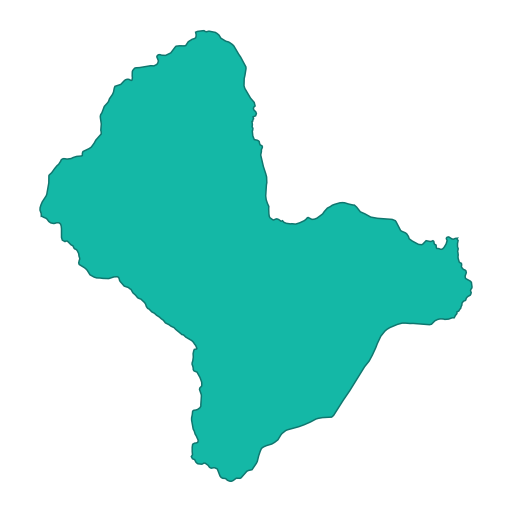 Maliana, Bobonaro, East Timor (orthographic projection)
{"feature_id": "22284137B67837040381832", "entity_name": "Maliana", "entity_type": "district", "adm_level": 2, "iso_a3": "TLS", "parent_name": "East Timor", "parent_adm1": "Bobonaro", "projection": "orthographic", "projection_center": [125.209, -8.986], "detail": "fine", "context": "isolated", "style": "filled", "palette": "teal", "viewbox_px": 512, "rotation_deg": 0, "n_neighbors": 0, "source": "geoboundaries", "source_scale": "gbopen_adm2", "svg_char_len": 5989}
<svg xmlns="http://www.w3.org/2000/svg" viewBox="0 0 512 512"><path d="M100.4,117.9L101.3,124.0L100.8,130.2L101.2,132.0L101.2,134.0L95.8,140.1L94.2,143.1L91.3,147.1L89.1,148.6L83.0,151.5L82.4,153.1L82.3,155.5L81.4,156.0L76.7,156.4L73.2,157.5L71.2,158.5L67.1,159.1L64.7,158.7L63.1,158.7L61.4,159.6L60.6,161.3L58.6,164.4L57.1,165.6L54.7,168.5L51.7,172.7L49.3,174.9L48.9,175.7L48.8,182.9L46.8,194.2L46.2,195.8L42.3,201.8L41.0,204.8L40.1,207.7L40.0,210.1L41.2,213.6L41.3,216.3L41.7,216.2L43.7,217.3L46.1,218.3L47.2,219.3L48.8,221.5L50.8,222.9L53.6,223.5L54.6,223.4L56.4,222.8L58.2,222.7L59.4,223.0L60.5,224.0L61.2,225.9L61.5,228.8L61.5,237.4L62.3,240.1L65.0,241.6L65.6,241.2L67.0,241.0L68.2,241.9L71.0,244.8L72.9,245.8L74.1,248.3L74.7,248.9L75.9,249.3L77.1,250.4L78.7,253.6L79.0,256.1L79.7,258.2L79.7,259.3L79.3,260.2L78.7,262.9L79.2,264.5L84.6,267.8L86.2,269.2L87.2,270.3L90.0,274.8L94.1,277.1L96.7,277.9L100.0,278.0L102.9,278.4L108.7,278.6L114.0,276.9L117.3,276.7L118.0,277.0L119.1,278.3L119.5,280.2L120.1,281.4L124.2,286.1L128.6,287.6L129.4,288.5L131.0,289.4L132.9,292.8L135.6,295.2L137.6,297.7L138.9,298.4L140.9,299.1L144.6,302.6L145.6,304.2L146.4,306.6L147.7,308.4L149.1,309.1L151.8,311.9L154.5,313.3L156.5,315.2L159.5,317.1L161.3,318.8L163.3,320.2L165.4,322.9L169.0,324.7L171.0,326.2L174.2,327.7L175.5,329.2L182.0,334.6L183.4,334.8L185.9,337.2L191.6,340.5L192.8,341.6L193.9,342.9L194.1,343.5L195.7,345.5L196.9,348.4L196.6,349.0L194.3,349.4L193.7,350.9L193.1,353.7L193.3,357.1L192.8,360.7L192.1,363.0L192.1,364.5L192.7,365.9L193.2,368.0L193.2,369.4L193.7,370.5L194.2,371.0L197.0,372.1L200.0,377.5L201.7,382.2L201.8,385.3L201.6,386.1L199.8,388.0L199.5,389.4L201.3,394.7L201.4,396.0L200.8,405.1L200.9,406.0L200.0,407.7L197.5,409.5L195.5,410.1L193.8,410.3L193.1,410.7L192.6,411.5L192.3,414.5L191.6,417.9L191.6,420.1L193.2,429.1L194.2,430.9L195.2,434.2L196.1,435.6L198.2,440.2L197.9,442.0L197.4,442.5L196.2,443.0L194.8,443.1L193.1,443.9L192.6,444.5L192.2,447.2L192.2,451.6L192.5,454.8L191.3,456.6L192.5,458.8L194.6,459.6L195.9,462.1L197.1,463.3L197.9,463.8L201.9,464.2L204.0,463.1L205.2,463.2L208.1,465.3L209.5,467.3L211.2,468.2L213.8,467.7L214.8,467.8L216.8,468.7L217.4,469.2L220.0,476.0L221.1,477.4L222.1,478.0L222.9,478.3L225.3,478.5L226.5,479.3L227.3,480.2L229.5,481.1L231.0,481.3L231.9,481.1L233.3,480.4L236.3,478.2L240.1,478.3L241.1,477.8L246.8,471.3L248.4,470.5L252.0,469.7L256.3,463.4L257.3,461.4L258.7,455.7L260.2,451.3L261.3,448.8L262.3,447.7L264.0,446.7L266.5,445.6L271.8,444.0L274.7,442.3L277.9,439.8L280.8,435.0L282.0,433.5L285.8,430.5L287.5,429.8L298.8,426.7L304.0,424.8L310.6,421.9L316.0,419.0L318.4,418.3L322.5,417.6L331.6,417.1L332.4,416.5L333.6,415.4L343.1,400.4L349.6,390.9L364.6,366.7L369.1,361.1L372.3,355.2L375.8,347.6L377.3,343.6L380.8,336.2L384.8,331.2L387.0,329.3L389.8,327.6L397.4,324.4L402.2,323.1L405.6,323.1L410.0,323.5L413.0,323.4L429.5,324.7L431.5,324.2L434.9,320.8L437.5,319.5L439.5,319.0L440.6,318.9L443.3,319.0L444.8,319.4L448.6,319.1L452.1,317.8L454.2,317.8L455.4,315.5L456.9,313.6L456.9,311.9L458.7,311.1L459.7,309.4L460.7,308.3L461.1,306.6L461.9,305.0L461.9,303.8L462.3,302.5L464.0,300.9L465.3,300.5L465.8,299.9L466.2,298.4L466.9,297.4L468.0,296.4L470.2,295.2L470.7,294.4L471.2,292.7L470.5,290.6L470.8,289.5L471.9,287.9L472.0,286.8L471.4,282.3L470.3,281.1L466.1,278.8L465.4,278.1L465.1,276.1L466.3,272.7L465.9,270.8L465.0,270.0L463.4,269.4L462.0,267.8L461.5,267.0L461.4,266.0L461.7,265.0L461.4,263.3L460.3,262.9L459.2,262.0L458.1,258.2L458.0,256.4L458.2,255.0L457.9,252.5L457.6,251.5L458.2,248.8L457.5,246.7L457.5,243.5L458.1,240.5L456.9,238.9L457.4,238.2L455.3,238.4L453.5,239.2L451.9,238.9L448.7,236.9L447.2,237.2L446.5,237.9L446.3,238.7L447.0,240.2L447.0,241.0L446.1,244.0L444.0,247.5L442.5,249.0L441.4,249.3L440.1,249.2L438.9,248.6L436.7,248.4L436.3,247.6L436.1,245.3L435.7,244.7L434.9,244.6L434.2,243.6L433.8,241.4L432.9,240.7L431.6,241.3L430.3,241.5L426.1,240.7L422.7,244.2L421.7,244.7L418.5,244.4L412.2,241.0L409.2,238.8L408.4,236.4L406.6,233.7L405.1,232.7L401.4,231.1L400.5,230.3L396.1,221.8L395.3,220.7L392.2,219.4L377.5,218.3L370.8,217.1L365.0,213.9L360.3,211.8L356.7,207.2L354.4,205.1L353.0,205.0L348.5,204.0L344.7,202.8L342.6,202.6L339.9,202.8L334.7,204.3L332.3,205.2L330.3,206.6L327.4,208.1L324.4,211.4L322.6,214.0L316.9,218.2L314.3,219.2L311.9,219.4L308.2,217.5L307.4,217.7L305.9,219.4L304.2,220.7L299.7,222.8L295.6,224.1L291.8,223.7L290.7,223.9L286.2,223.3L283.9,222.3L282.5,220.7L281.8,221.1L280.8,221.1L278.7,219.5L277.0,218.9L276.2,218.9L273.5,220.0L272.7,219.7L270.0,217.8L269.3,216.5L268.9,213.9L268.7,208.9L268.8,206.4L267.5,203.6L266.2,199.8L265.7,195.9L266.4,184.9L266.8,182.7L266.6,177.0L265.7,173.6L263.4,166.6L260.7,155.0L261.4,151.6L261.4,149.7L262.3,147.6L262.4,146.9L262.0,145.8L260.2,144.9L259.6,143.5L259.2,141.6L258.7,141.0L257.2,140.2L254.3,139.6L252.8,135.9L252.3,131.0L252.7,130.2L252.9,128.3L252.1,126.7L252.4,124.8L252.0,121.5L252.7,121.2L253.0,119.3L253.6,118.8L253.0,116.9L255.6,115.8L256.4,113.6L255.8,111.9L253.7,109.7L253.4,108.3L254.0,106.9L255.1,106.0L254.2,102.4L250.5,98.1L244.8,88.4L244.0,85.7L244.2,78.5L244.9,75.5L246.0,68.7L245.9,66.9L240.6,57.0L238.8,54.4L233.8,45.9L232.4,44.5L230.0,42.8L228.7,42.0L225.8,41.2L220.9,38.2L219.0,35.1L217.1,33.5L215.3,32.4L209.3,31.2L208.5,31.2L206.5,31.8L205.0,31.4L204.1,30.7L203.0,30.7L197.5,31.4L195.6,32.2L196.1,34.4L196.1,36.0L195.7,37.8L194.1,38.7L192.1,39.3L188.3,41.7L185.7,45.6L184.3,45.9L179.4,45.8L176.1,46.2L175.0,47.3L170.8,52.9L165.6,55.4L161.6,55.2L160.2,54.7L159.1,54.6L158.1,54.9L156.9,56.2L156.9,57.1L158.2,60.2L158.3,61.3L157.8,63.0L157.0,64.2L156.3,64.7L153.9,65.9L150.8,65.7L139.5,67.6L135.9,67.8L134.6,68.2L132.7,70.5L132.3,71.7L132.2,76.1L132.4,77.7L132.1,79.9L131.5,80.4L130.5,80.2L129.3,79.5L128.0,79.2L126.6,79.4L125.3,79.9L124.1,80.9L120.8,84.4L115.0,86.3L114.3,88.0L113.5,92.1L112.5,94.4L109.5,98.7L108.5,101.5L107.5,102.9L104.3,106.4L101.9,112.8L100.7,114.6L100.3,116.3L100.4,117.9Z" fill="#14b8a6" stroke="#0f766e" stroke-width="1.5"/></svg>